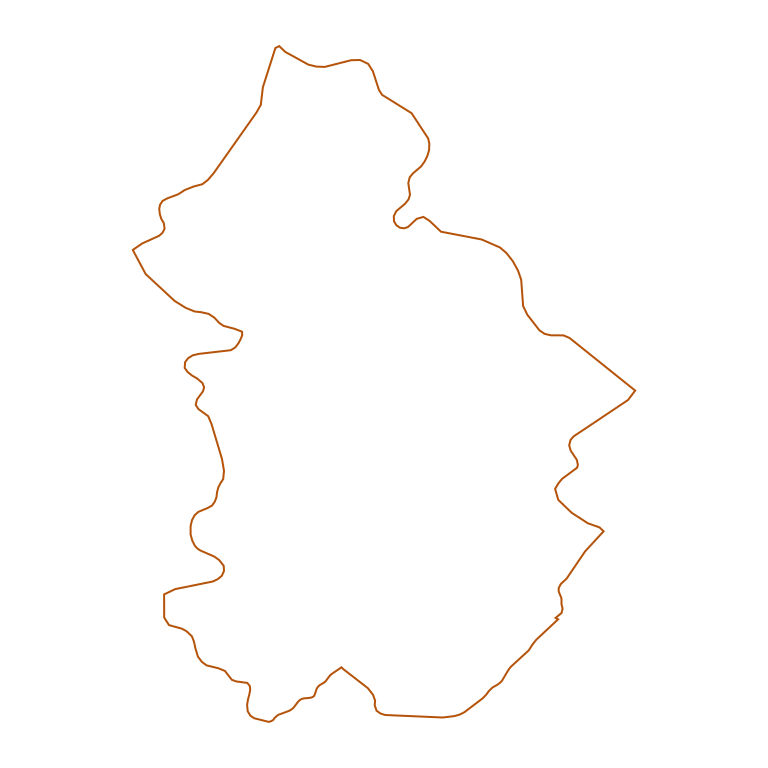 outline of Jura
{"feature_id": "FRA-5312", "entity_name": "Jura", "entity_type": "Metropolitan department", "adm_level": 1, "iso_a3": "FRA", "parent_name": "France", "parent_adm1": "", "projection": "robinson", "projection_center": [5.636, 46.776], "detail": "fine", "context": "isolated", "style": "outline", "palette": "amber", "viewbox_px": 768, "rotation_deg": 0, "n_neighbors": 0, "source": "natural_earth", "source_scale": "10m", "svg_char_len": 2910}
<svg xmlns="http://www.w3.org/2000/svg" viewBox="0 0 768 768"><path d="M599.5,527.4L603.6,531.3L585.0,551.5L566.7,578.5L560.8,584.0L558.7,588.0L558.7,591.4L559.9,594.5L561.1,597.2L561.5,599.2L561.5,604.2L562.6,608.6L561.6,612.9L555.6,617.9L558.1,619.3L536.3,639.7L532.5,644.5L528.7,650.4L510.8,666.8L508.6,669.6L501.9,680.9L499.9,682.9L497.1,684.9L492.5,687.5L489.0,690.9L486.2,694.7L482.7,698.3L464.4,712.2L459.7,714.6L454.3,716.1L442.7,717.5L385.1,715.0L380.5,713.5L376.6,710.8L374.7,705.3L375.1,700.6L373.0,694.8L367.9,688.2L343.0,668.9L341.5,667.3L331.5,674.1L329.8,675.7L325.5,681.4L323.7,682.8L319.6,685.2L317.9,686.9L316.6,688.9L315.0,693.9L313.9,696.2L311.9,697.4L309.4,697.9L303.8,698.4L301.4,699.1L299.4,700.4L297.8,702.1L293.4,707.9L291.4,709.5L289.0,710.9L278.1,714.9L274.6,717.9L273.3,719.9L271.3,721.1L268.8,721.9L254.4,718.3L250.5,715.8L247.7,711.3L247.1,705.0L248.0,699.4L249.3,694.6L250.2,689.9L249.8,686.0L247.3,682.9L236.1,681.4L231.8,679.8L224.9,670.9L218.2,668.2L206.6,665.4L201.9,661.9L197.9,656.6L195.3,647.9L194.0,641.7L191.9,636.3L186.5,631.2L181.9,628.7L169.0,625.1L164.2,617.6L164.1,594.4L175.2,589.1L212.8,581.5L217.7,579.2L221.8,575.8L224.0,571.0L223.7,565.8L219.2,560.1L214.5,556.7L200.2,550.4L197.5,548.6L195.0,546.0L192.4,540.9L190.6,534.6L190.6,526.1L192.0,520.1L194.7,515.2L198.3,511.9L207.6,508.0L212.0,505.6L214.7,501.8L216.4,497.5L217.1,492.0L218.3,487.4L220.5,483.2L223.2,479.0L224.0,470.9L222.0,459.0L211.5,424.0L208.2,416.2L198.4,409.1L195.7,404.8L197.0,399.4L203.0,391.3L204.1,387.3L202.5,383.1L197.1,378.5L191.8,375.4L187.5,371.9L184.7,367.9L185.1,362.2L188.1,358.2L192.8,355.3L198.7,353.9L230.8,350.2L235.3,347.4L238.4,343.3L240.6,339.2L242.2,335.3L242.0,331.7L234.6,328.8L223.6,325.9L219.2,322.9L214.4,317.7L208.7,313.9L201.2,312.2L194.7,311.5L185.8,307.9L174.7,301.0L145.7,274.1L132.8,250.0L133.0,249.8L142.1,243.5L159.1,235.8L162.4,232.9L164.6,228.8L163.8,223.1L161.4,219.1L159.9,214.4L159.2,209.0L160.1,204.6L162.6,200.9L167.2,198.4L178.2,194.3L184.8,190.0L193.7,186.5L202.4,184.2L207.8,180.0L213.8,173.0L256.6,112.3L260.8,104.8L262.9,87.2L275.4,48.0L279.2,46.1L285.4,52.0L308.3,64.6L316.4,66.6L324.8,66.9L351.2,60.2L360.1,60.0L368.2,63.9L372.9,71.3L378.9,89.8L382.0,94.8L411.6,113.2L428.2,138.5L429.3,143.5L429.1,150.0L427.3,156.1L424.5,161.7L421.0,166.5L413.0,173.3L409.7,177.3L408.3,183.1L410.0,194.8L408.6,199.3L405.1,203.7L396.3,211.1L393.8,216.1L394.0,221.2L396.3,225.2L399.9,227.7L404.0,228.3L407.9,227.1L416.8,218.8L423.4,216.9L429.5,220.8L441.0,231.7L481.7,239.5L500.0,247.5L506.5,253.1L512.9,261.3L518.1,270.8L521.2,279.8L523.1,306.0L527.3,314.7L539.5,330.4L544.7,333.9L550.9,335.3L563.6,335.4L569.6,338.0L635.2,390.6L628.0,400.0L573.6,436.4L570.5,440.0L569.2,445.3L570.6,450.5L576.8,459.8L577.9,464.9L577.1,467.7L562.0,478.9L558.3,483.5L555.1,488.9L558.3,499.9L571.7,512.8L587.9,523.3L599.5,527.4Z" fill="none" stroke="#b45309" stroke-width="2"/></svg>